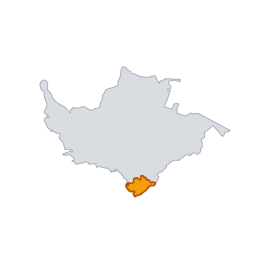 location of Nariño within Colombia, rotated 289°
{"feature_id": "COL-1406", "entity_name": "Nariño", "entity_type": "Department", "adm_level": 1, "iso_a3": "COL", "parent_name": "Colombia", "parent_adm1": "", "projection": "robinson", "projection_center": [-77.896, 1.511], "detail": "fine", "context": "in_parent", "style": "filled", "palette": "amber", "viewbox_px": 256, "rotation_deg": 289, "n_neighbors": 0, "source": "natural_earth", "source_scale": "10m", "svg_char_len": 6940}
<svg xmlns="http://www.w3.org/2000/svg" viewBox="0 0 256 256"><g transform="rotate(289 128 128)"><path d="M144.4,37.2L142.2,38.2L137.9,39.4L134.9,44.9L132.9,45.9L130.4,49.2L128.6,53.2L127.2,61.4L123.5,68.4L123.8,68.7L125.3,68.4L126.7,67.6L127.2,67.8L127.7,69.1L129.4,69.4L130.8,75.0L133.3,77.9L133.6,79.0L134.0,81.3L133.0,82.7L132.8,87.9L133.6,89.2L135.5,89.7L136.8,92.9L137.6,93.7L138.8,94.2L141.6,93.7L146.7,94.2L147.9,94.1L150.7,93.0L154.3,94.4L157.0,94.6L164.3,104.3L165.0,104.0L165.9,104.6L167.7,103.6L169.3,103.4L171.4,103.9L174.1,103.9L179.6,102.9L180.4,102.4L183.4,102.9L184.3,103.6L184.8,105.4L184.4,106.6L183.4,107.7L182.8,109.1L182.7,110.9L182.2,112.2L181.2,113.1L180.8,114.3L181.1,115.9L180.6,123.2L181.0,123.8L181.3,126.8L182.6,130.7L183.2,131.9L184.3,132.8L186.2,136.0L185.8,137.1L180.8,142.1L180.6,143.3L181.5,142.8L183.0,143.3L183.6,144.5L187.3,148.0L187.2,149.3L188.3,152.0L188.1,152.6L190.7,160.1L190.8,161.6L188.6,162.1L188.5,157.0L188.2,156.0L185.8,151.5L185.3,151.2L183.7,151.7L181.0,155.0L179.8,155.5L178.8,155.0L177.8,153.1L177.1,152.7L176.5,154.4L177.3,155.8L165.5,155.8L163.2,155.2L160.0,156.0L160.0,163.6L165.6,163.7L167.1,165.8L167.0,167.6L167.3,168.2L165.9,168.6L164.0,167.4L160.5,168.8L157.9,169.2L157.8,177.6L159.3,179.7L162.3,181.9L162.7,183.4L162.5,184.9L163.2,186.7L164.2,187.6L164.2,188.7L164.7,189.9L158.8,225.5L156.7,223.3L155.9,221.4L154.9,220.6L153.0,221.2L150.8,220.2L157.7,208.1L157.5,207.1L151.8,204.1L151.2,203.4L148.5,201.8L147.0,202.2L146.1,203.0L144.0,203.3L142.4,202.0L140.4,201.1L138.0,203.2L137.2,203.2L135.5,204.0L133.7,204.4L131.3,203.5L129.4,204.1L128.1,204.0L127.6,203.3L125.9,202.6L125.7,201.8L126.2,200.3L125.4,197.4L125.2,196.9L123.9,196.8L122.4,195.8L122.1,195.1L122.4,193.9L122.1,192.9L120.6,190.6L118.6,190.0L116.6,188.0L114.6,187.3L113.7,185.9L112.8,182.7L110.8,180.3L109.4,179.4L108.9,178.3L107.4,178.2L105.4,176.5L104.5,176.4L103.9,177.2L102.0,176.4L100.5,175.2L98.8,174.9L97.7,174.2L95.8,171.9L93.7,170.8L92.5,171.2L92.1,172.9L91.4,173.2L89.0,172.8L88.6,173.1L87.9,173.1L85.0,171.8L82.1,171.3L81.3,168.5L79.5,167.5L78.9,166.1L77.6,166.3L72.6,163.7L70.5,161.9L68.8,160.9L66.9,158.9L66.6,158.1L65.2,157.0L65.9,155.5L67.6,154.3L69.9,155.2L70.1,153.4L69.3,151.9L69.7,148.4L70.3,147.6L71.5,146.9L72.3,147.2L72.8,146.6L74.6,146.8L75.1,146.6L76.5,145.2L77.1,144.1L77.8,144.2L79.2,142.3L79.0,140.4L80.4,140.0L81.8,136.9L82.5,136.8L82.8,135.3L85.4,130.2L84.4,130.8L83.4,130.4L83.6,128.7L83.3,128.5L82.5,129.8L81.7,128.4L81.9,126.2L80.8,126.7L80.8,126.1L82.5,124.5L83.2,120.7L82.6,119.3L82.3,113.7L82.0,112.6L80.6,111.2L82.8,109.5L83.6,108.3L82.6,105.8L81.3,103.7L81.3,102.4L82.0,102.5L82.3,99.0L81.6,97.7L80.7,97.6L77.9,92.4L76.8,91.4L77.6,88.9L78.5,87.8L78.3,85.9L78.9,86.0L80.1,87.7L80.6,87.4L82.5,85.8L82.6,84.3L84.1,82.7L81.9,77.3L81.2,76.5L82.1,74.8L82.6,74.9L83.4,76.6L84.8,77.7L86.8,80.6L87.7,81.3L87.0,82.0L86.9,82.7L87.2,83.1L88.3,83.1L88.8,82.3L88.5,78.7L88.0,76.9L86.9,75.6L87.3,75.1L89.3,74.2L93.6,70.8L95.0,67.5L96.1,66.4L97.4,65.6L98.9,65.8L100.1,65.4L100.5,64.3L99.7,62.1L100.6,59.0L100.6,57.5L101.2,56.5L100.9,56.2L99.4,57.3L101.0,55.1L102.1,51.8L108.3,46.0L112.3,47.4L113.5,47.3L111.9,48.0L111.6,48.9L112.2,49.7L112.8,50.0L113.4,49.4L114.7,46.0L114.9,44.1L115.5,43.5L116.3,43.3L120.3,44.1L124.0,43.8L130.0,38.9L134.6,36.8L135.7,34.8L136.0,33.3L136.9,32.8L137.7,32.8L138.2,31.9L140.3,30.6L142.6,30.5L145.0,31.6L146.1,33.6L146.3,35.0L144.4,37.2ZM74.7,146.2L74.4,146.5L73.8,146.0L73.7,145.4L74.0,145.0L74.4,145.1L74.7,146.2Z" fill="#d9dde1" stroke="#a8b0b8" stroke-width="1"/><path d="M69.2,161.2L68.8,161.0L68.6,160.7L68.4,160.3L68.1,160.0L67.9,159.6L67.3,159.2L67.4,158.9L67.2,158.7L67.0,158.3L67.0,158.1L67.0,157.9L66.9,157.7L66.7,157.8L66.4,157.8L66.3,157.6L66.2,157.6L65.9,157.4L65.5,157.1L65.4,157.0L65.3,156.8L65.3,156.6L65.6,156.4L65.8,156.3L66.0,156.2L66.1,155.8L66.3,155.6L66.5,155.3L66.7,155.0L66.9,154.8L67.1,154.6L67.6,154.5L67.8,154.6L68.0,154.5L68.4,154.7L68.6,154.7L69.0,154.8L69.5,154.9L69.6,155.0L69.8,155.1L69.9,154.9L70.0,154.7L70.2,154.2L70.1,153.8L70.2,153.7L69.9,153.8L69.7,153.8L69.7,153.6L69.6,153.4L69.7,153.1L69.8,152.7L69.7,152.4L69.5,152.2L69.4,152.2L69.3,152.3L69.2,152.4L69.1,152.8L68.9,152.5L68.9,152.2L68.8,151.8L68.7,151.2L68.6,150.8L68.6,150.3L68.7,150.0L68.8,149.7L68.9,149.4L69.2,149.3L69.2,149.0L69.6,148.3L69.8,147.8L69.9,147.5L70.1,147.3L70.0,147.5L70.0,147.9L70.1,148.1L70.2,147.6L70.3,147.0L70.4,146.8L70.6,146.8L70.9,146.4L71.1,146.1L71.4,145.7L71.6,145.6L71.8,145.4L72.0,145.2L72.3,145.0L72.5,145.3L72.6,145.6L72.8,145.9L73.0,146.2L73.1,145.8L73.0,145.5L73.0,145.1L73.1,144.9L73.3,144.8L73.4,145.0L73.5,145.3L73.4,145.6L73.5,145.8L73.6,146.1L73.7,146.3L73.8,146.4L73.9,146.5L74.3,146.7L74.5,146.8L74.7,146.6L74.9,146.6L74.9,146.4L75.0,146.3L75.0,146.2L75.0,145.8L74.9,145.6L74.9,145.4L74.8,145.2L74.7,145.0L74.8,144.9L75.1,145.0L76.0,145.7L76.3,146.0L76.3,146.3L76.4,146.5L76.5,147.0L76.5,147.4L76.4,147.8L76.3,148.0L76.5,148.6L77.3,149.8L77.3,150.3L77.5,150.5L77.8,150.6L78.1,150.7L78.5,150.9L78.9,150.9L79.4,150.7L79.7,150.7L80.0,150.6L80.2,150.4L80.3,150.4L80.5,150.3L80.8,150.3L81.0,150.2L81.4,150.0L81.5,150.0L81.8,150.0L82.0,150.1L82.9,150.5L83.0,150.7L83.0,151.1L82.9,151.4L82.8,151.5L82.7,151.7L82.8,151.8L83.5,152.4L83.6,152.5L83.8,152.6L84.1,153.0L84.0,153.3L83.9,153.4L83.8,153.5L83.7,153.5L83.6,153.9L83.2,154.2L83.1,154.7L83.1,154.8L83.1,155.0L83.1,155.3L83.1,155.5L82.8,156.2L83.4,156.4L83.5,156.4L83.7,156.5L83.8,156.5L84.3,156.3L84.6,156.2L84.8,156.3L85.0,156.4L85.3,156.4L85.5,156.2L86.0,155.9L86.4,155.9L86.8,155.7L86.9,155.8L87.3,156.4L87.6,156.9L87.7,157.0L87.8,157.1L87.8,157.4L87.7,157.6L87.6,157.9L87.4,158.0L86.9,158.4L86.9,158.6L86.9,159.6L87.1,160.1L87.1,160.6L86.8,160.9L86.6,160.9L86.4,160.8L86.4,161.0L86.4,161.4L86.4,161.5L86.1,161.7L85.4,162.0L85.2,162.1L85.2,162.7L85.3,163.4L85.3,163.5L85.6,163.7L85.8,163.7L85.8,163.8L85.9,164.0L85.8,164.3L85.7,164.4L85.2,165.6L84.9,166.2L84.7,166.3L84.5,166.6L83.9,167.5L83.7,167.8L84.1,168.3L84.6,168.7L84.8,168.8L85.0,169.0L85.0,169.3L84.9,169.4L84.9,169.5L84.9,169.8L85.1,170.3L85.1,170.5L85.2,170.8L85.3,171.1L85.3,171.3L85.2,171.5L85.1,171.8L84.9,171.8L84.2,172.0L83.9,172.0L83.7,171.9L82.4,171.6L82.1,171.4L81.8,171.2L81.7,170.9L81.6,170.5L81.5,170.1L81.5,168.9L81.3,168.3L80.9,168.2L80.5,168.3L80.2,168.1L79.5,167.6L79.3,167.2L79.2,166.4L78.9,166.1L78.6,166.1L77.8,166.4L77.6,166.5L77.4,166.5L77.2,166.4L76.9,166.3L76.8,166.2L76.8,165.8L76.7,165.7L75.8,165.4L75.0,165.4L74.6,165.2L73.2,164.0L73.0,163.9L72.4,163.7L72.2,163.6L72.0,163.4L71.0,162.2L70.9,162.1L70.2,161.8L69.9,162.0L69.9,161.8L69.7,161.5L69.6,161.4L69.6,161.2L69.4,161.2L69.2,161.2ZM74.5,145.2L74.5,145.3L74.7,145.6L74.8,145.9L74.8,146.2L74.7,146.6L74.4,146.6L74.2,146.5L73.9,146.2L73.7,145.8L73.6,145.6L73.6,145.4L73.8,145.3L73.8,145.2L73.7,145.0L73.6,144.7L73.9,144.6L74.1,144.5L74.3,144.7L74.4,144.9L74.5,145.0L74.5,145.2Z" fill="#f59e0b" stroke="#b45309" stroke-width="1.5"/></g></svg>